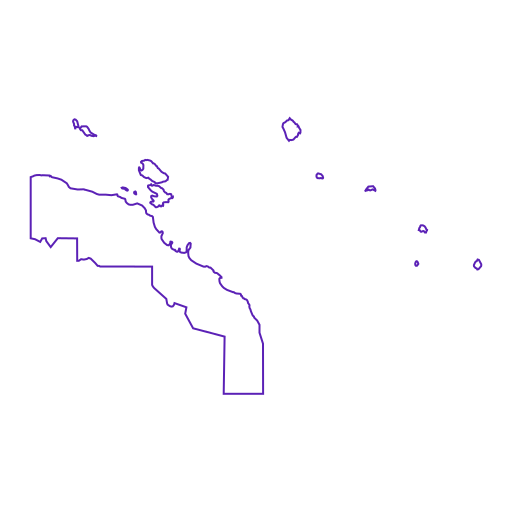 the district of Wewak District, East Sepik, Papua New Guinea
{"feature_id": "67681753B19768820203242", "entity_name": "Wewak District", "entity_type": "district", "adm_level": 2, "iso_a3": "PNG", "parent_name": "Papua New Guinea", "parent_adm1": "East Sepik", "projection": "equal_earth", "projection_center": [143.741, -3.588], "detail": "fine", "context": "isolated", "style": "outline", "palette": "violet", "viewbox_px": 512, "rotation_deg": 0, "n_neighbors": 0, "source": "geoboundaries", "source_scale": "gbopen_adm2", "svg_char_len": 6051}
<svg xmlns="http://www.w3.org/2000/svg" viewBox="0 0 512 512"><path d="M30.7,238.3L35.0,239.2L40.2,241.9L42.2,238.4L45.6,238.2L46.3,241.1L50.7,247.1L57.8,238.2L77.1,238.4L77.2,260.8L78.8,260.8L81.1,259.2L83.9,259.6L86.8,259.0L88.7,257.9L90.7,258.6L95.1,262.9L97.7,265.9L99.1,265.9L100.1,266.5L152.1,266.6L152.1,284.9L152.9,286.5L154.2,288.1L166.3,298.9L167.1,303.4L167.6,304.6L169.8,306.1L171.3,306.6L172.7,306.4L173.6,305.4L174.2,304.3L174.5,303.1L186.4,307.3L185.2,313.7L193.1,328.3L224.6,336.6L223.7,393.8L263.1,393.8L263.0,343.7L259.5,332.7L259.5,324.8L257.2,320.6L254.2,317.6L253.9,316.5L252.8,315.6L252.4,314.8L250.9,311.2L250.4,309.4L249.6,308.0L249.3,306.5L249.5,305.9L249.4,304.9L248.0,302.9L247.8,301.7L247.0,300.1L246.0,299.4L244.7,299.1L244.0,298.4L243.3,298.3L242.6,297.5L241.9,296.0L241.1,295.7L240.9,294.4L240.2,293.8L236.5,293.5L235.1,293.1L233.7,292.1L233.1,292.2L227.0,289.9L223.8,287.9L222.2,286.3L220.0,283.2L219.5,281.4L219.3,279.0L219.5,278.5L220.0,278.0L221.5,277.8L221.5,277.1L219.1,274.7L218.7,274.6L217.6,273.5L216.7,273.0L215.0,272.8L213.8,271.9L213.4,271.1L213.5,270.5L210.5,267.6L209.3,267.6L207.9,266.5L206.4,266.1L205.2,266.7L203.5,266.6L196.3,263.6L191.2,260.2L189.3,257.9L188.5,256.1L188.2,253.2L188.2,251.8L188.5,250.1L190.4,247.6L190.7,243.6L190.1,242.9L189.1,243.1L187.5,245.2L186.7,247.3L186.6,251.6L186.1,252.3L184.3,252.9L181.4,252.6L180.2,252.1L179.7,251.5L179.6,250.1L179.9,249.1L179.7,248.7L179.2,248.6L179.0,249.0L178.9,249.7L178.0,251.4L177.1,251.8L175.5,251.0L175.3,250.2L174.9,249.8L174.3,249.9L172.2,248.9L171.2,247.6L171.0,246.5L170.9,244.8L172.2,243.0L172.3,242.4L171.8,241.8L170.5,241.6L170.3,241.9L170.3,242.9L169.8,244.0L168.7,245.3L167.1,245.1L164.2,242.8L161.7,239.2L161.4,238.2L161.4,236.2L162.8,233.1L162.6,231.9L162.0,231.3L161.4,231.3L160.3,232.5L159.4,232.6L156.2,229.1L154.9,226.9L153.6,222.6L152.9,217.0L152.2,216.2L150.0,215.6L149.0,214.8L147.8,214.5L146.8,213.8L146.3,213.2L146.0,211.8L146.0,210.5L144.7,208.2L142.1,205.5L137.2,203.4L132.8,204.8L130.3,204.8L128.6,204.4L126.8,203.0L125.7,201.6L125.3,199.4L124.9,198.8L121.4,197.9L120.4,197.1L117.8,196.2L117.3,195.1L117.3,194.5L117.0,194.3L111.4,195.2L106.1,194.7L99.3,194.7L96.8,194.0L92.3,191.7L85.4,189.8L84.6,189.7L83.9,189.3L77.7,189.5L70.5,188.3L68.8,186.9L68.2,185.6L66.8,183.3L61.4,179.7L57.5,178.4L52.0,177.2L51.4,176.9L50.7,175.9L50.3,175.8L49.7,176.2L49.3,175.5L42.6,175.2L41.7,175.4L39.5,175.0L36.6,175.1L34.3,175.6L33.3,176.2L30.7,177.1L30.7,238.3ZM147.5,159.9L146.4,160.1L145.2,159.9L144.3,160.6L141.9,161.0L141.0,161.9L141.1,162.6L141.5,162.7L142.8,163.8L143.3,164.7L143.4,165.3L143.3,168.7L142.5,169.9L141.5,170.5L140.6,170.1L139.6,167.7L139.2,167.4L138.9,167.9L138.9,170.3L140.8,175.0L142.4,175.5L143.9,177.0L145.8,177.9L146.5,178.1L148.4,177.7L149.0,178.5L150.7,179.6L152.2,181.0L154.7,182.1L155.1,182.9L155.6,183.2L157.5,183.3L161.9,182.3L163.0,181.7L165.5,181.3L167.0,180.0L167.6,179.8L168.1,176.8L165.2,173.5L163.8,173.2L161.5,171.8L158.7,168.5L157.8,168.1L156.9,166.2L156.4,166.1L154.7,164.0L153.3,163.2L153.0,163.3L151.3,161.2L150.2,160.6L147.5,159.9ZM151.9,185.7L151.1,184.3L150.1,185.2L148.3,185.4L148.0,185.8L148.0,187.1L150.8,190.4L152.2,191.6L156.8,193.8L157.3,195.3L157.3,195.9L156.8,196.5L154.1,196.3L152.2,195.6L151.2,196.1L151.1,197.1L151.8,198.6L153.6,200.6L153.6,201.2L153.2,201.6L151.5,201.6L150.8,201.9L150.3,202.4L150.3,202.9L152.3,204.5L153.4,204.8L155.7,207.2L156.7,207.2L158.4,206.4L159.2,205.3L159.6,205.3L160.4,206.3L161.2,206.4L161.9,205.6L163.0,205.9L163.3,204.9L163.0,204.1L163.0,203.1L163.7,202.4L165.8,202.1L168.3,202.2L168.6,201.7L168.4,199.9L168.8,199.2L171.0,198.1L172.4,198.1L172.9,197.3L172.9,196.6L172.1,196.8L171.7,196.5L171.2,194.3L170.8,194.0L169.3,193.9L168.5,194.3L167.2,194.2L166.3,192.9L165.2,192.5L163.9,191.1L163.5,189.6L162.0,188.2L161.1,188.0L159.1,186.2L157.2,185.7L156.1,185.8L154.1,185.1L153.5,185.0L152.5,185.7L151.9,185.7ZM297.7,126.3L297.7,125.5L297.1,124.3L295.6,124.1L294.3,122.3L293.6,121.9L292.9,120.8L292.2,120.2L291.5,120.1L289.7,118.2L288.5,120.2L287.0,120.5L285.3,122.2L283.5,123.1L283.0,124.0L282.5,126.6L282.6,127.3L283.2,128.2L285.0,132.2L286.6,137.8L289.0,140.8L289.8,139.9L291.4,140.1L293.1,139.7L293.6,139.4L295.1,137.6L296.0,136.8L296.9,136.9L298.1,134.9L298.0,134.2L298.7,132.8L300.0,133.4L300.4,132.7L300.5,130.0L299.0,127.6L298.6,126.4L298.3,126.0L297.7,126.3ZM86.1,126.3L81.6,126.4L80.8,127.6L80.1,127.8L79.8,128.2L80.0,129.0L80.9,130.2L82.3,130.3L85.3,134.6L86.4,135.2L87.1,135.9L87.6,135.9L88.1,135.3L89.9,135.0L91.4,135.8L93.7,136.2L95.0,135.6L96.2,136.0L96.3,135.7L96.0,135.3L94.3,134.8L90.6,132.5L89.3,130.4L88.7,129.0L87.1,126.8L86.1,126.3ZM478.5,269.2L481.1,266.2L481.3,265.0L481.2,264.1L478.9,259.9L477.6,259.5L476.7,261.2L475.8,261.5L475.1,262.4L473.9,265.0L473.9,265.5L474.0,266.3L475.6,268.1L476.6,268.3L477.3,269.5L478.5,269.2ZM427.1,229.9L426.3,229.3L425.5,227.5L424.5,226.2L422.8,225.3L420.9,225.3L420.4,225.9L420.0,227.2L419.3,228.1L418.8,230.1L419.8,230.3L420.5,231.4L421.1,231.8L423.2,231.0L423.9,231.2L424.9,232.5L426.0,232.5L426.4,231.2L427.0,230.4L427.1,229.9ZM78.5,126.5L77.2,121.3L75.7,119.7L74.6,119.3L73.7,119.8L73.2,120.7L73.1,121.7L74.1,124.0L74.0,125.2L74.8,126.7L75.1,128.4L75.4,128.4L75.6,127.1L75.9,126.8L78.2,127.2L78.5,126.5ZM375.0,188.5L373.1,186.2L368.4,186.6L366.2,189.3L365.4,190.7L365.7,190.9L366.2,190.5L367.6,190.3L368.7,189.6L369.4,190.2L370.3,190.4L372.7,189.4L375.3,190.8L375.5,190.2L375.0,188.5ZM323.1,177.8L322.7,176.1L321.2,174.3L318.2,173.4L317.7,173.5L316.5,175.0L316.5,176.8L317.4,178.1L319.8,178.3L320.9,178.0L322.2,178.5L322.9,178.3L323.1,177.8ZM417.0,265.7L418.3,264.0L418.3,263.6L417.5,261.8L416.8,261.2L416.3,261.3L415.7,262.0L415.2,263.5L415.2,264.1L415.4,265.1L416.0,265.8L417.0,265.7ZM125.6,188.0L122.7,187.4L121.7,187.8L122.0,188.3L123.2,188.7L124.6,188.6L125.6,189.8L127.0,190.6L127.5,190.6L127.9,190.0L127.4,189.3L125.6,188.0ZM136.2,194.2L135.9,192.1L135.4,191.5L134.4,191.8L134.1,192.4L134.3,193.4L135.3,194.1L136.0,194.4L136.2,194.2Z" fill="none" stroke="#5b21b6" stroke-width="2"/></svg>